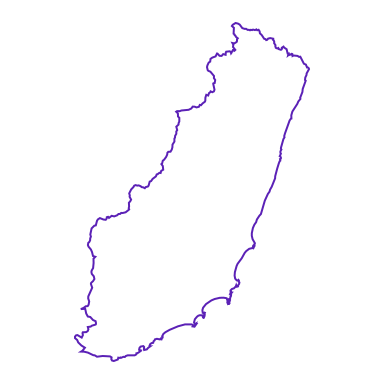 outline of Taolagnaro, Anosy, Madagascar
{"feature_id": "10022922B85658862424992", "entity_name": "Taolagnaro", "entity_type": "district", "adm_level": 2, "iso_a3": "MDG", "parent_name": "Madagascar", "parent_adm1": "Anosy", "projection": "orthographic", "projection_center": [46.969, -24.588], "detail": "fine", "context": "isolated", "style": "outline", "palette": "violet", "viewbox_px": 384, "rotation_deg": 0, "n_neighbors": 0, "source": "geoboundaries", "source_scale": "gbopen_adm2", "svg_char_len": 5920}
<svg xmlns="http://www.w3.org/2000/svg" viewBox="0 0 384 384"><path d="M235.6,23.0L232.7,24.8L231.9,26.0L233.9,27.8L233.6,33.7L234.6,34.5L234.7,35.3L235.5,35.8L236.0,36.9L237.8,38.3L237.0,39.3L237.0,41.0L236.6,42.0L234.3,43.4L232.4,43.0L233.3,44.7L233.0,47.0L235.3,49.9L234.6,50.6L234.2,50.0L233.0,50.0L232.6,51.3L231.5,51.6L231.6,52.6L231.1,53.3L230.8,52.2L229.7,51.3L226.2,51.7L225.8,52.4L225.6,54.8L223.2,54.1L221.6,55.9L219.5,55.8L217.5,53.6L217.0,53.5L215.6,56.4L212.3,57.6L210.5,58.9L210.2,61.6L208.7,62.6L207.4,65.4L207.0,67.1L207.7,70.1L208.3,70.8L210.4,71.7L214.0,76.0L213.9,78.1L215.2,80.0L214.7,83.0L213.4,83.3L213.2,83.7L214.5,89.7L213.9,91.4L212.3,92.2L210.6,91.4L210.2,92.3L209.0,93.1L208.2,95.5L206.3,94.8L205.4,97.6L205.3,100.7L204.9,101.7L202.6,103.4L201.0,105.2L199.8,104.9L198.9,106.8L196.5,107.4L194.7,106.7L192.7,106.6L191.3,108.5L188.6,109.8L181.4,110.5L179.6,111.2L177.1,111.1L176.2,111.7L177.9,113.4L178.0,116.5L179.3,117.8L179.3,121.5L178.6,123.1L178.5,124.6L176.3,126.7L177.2,130.1L176.3,131.5L176.3,133.8L175.1,135.9L175.0,137.6L174.4,138.6L174.4,141.6L172.5,144.6L172.4,147.3L171.8,149.5L170.5,151.7L168.3,151.8L167.4,152.8L167.2,154.6L166.1,157.0L164.1,159.7L162.8,160.7L162.1,163.5L161.4,164.1L162.8,166.0L163.2,169.7L161.2,170.9L160.6,173.0L159.4,172.8L157.6,174.2L156.7,174.4L155.9,176.4L152.6,178.9L151.1,181.1L149.7,181.6L148.6,185.6L147.9,186.5L145.7,187.1L144.8,188.2L143.1,187.3L141.6,187.1L140.7,186.2L138.7,185.4L137.2,185.6L135.6,185.1L134.2,185.7L133.4,187.1L131.2,189.4L129.2,193.4L129.8,195.4L129.6,196.8L131.1,199.6L130.3,201.2L128.9,202.8L129.1,206.5L128.7,208.3L129.2,209.3L128.8,209.8L125.6,212.3L122.7,213.0L121.2,212.9L120.2,213.9L118.5,214.0L117.1,215.3L114.2,216.4L111.7,215.8L109.0,217.9L108.1,216.8L106.8,217.2L106.7,218.5L105.7,219.8L103.4,219.5L99.9,218.1L97.9,219.4L97.0,220.8L95.8,225.4L94.3,225.7L91.6,228.4L90.3,234.5L90.9,236.6L90.2,238.4L90.1,240.4L89.2,242.1L88.3,242.8L87.9,245.0L88.5,246.6L90.9,249.5L92.0,252.0L93.0,256.0L95.3,256.8L93.5,258.7L93.6,263.0L93.1,268.1L91.7,270.5L91.4,272.0L91.8,273.9L93.8,276.3L94.4,279.0L93.0,281.2L91.2,282.8L90.9,283.9L92.2,287.7L88.3,296.4L88.2,298.4L89.2,301.5L88.6,304.7L87.7,306.1L85.7,306.3L83.6,307.9L80.8,309.1L85.2,308.8L86.2,313.5L87.8,316.5L90.3,317.0L93.0,320.0L95.6,321.2L96.0,323.2L95.8,324.4L95.2,324.7L91.8,325.7L90.7,326.6L87.8,327.0L88.4,329.3L87.7,331.1L86.2,332.1L82.8,332.3L82.5,333.1L82.9,335.1L81.7,337.6L77.5,335.1L76.1,335.3L75.0,336.6L75.0,338.1L77.2,340.0L78.2,342.4L81.4,345.5L84.9,347.7L82.4,350.8L81.1,351.6L84.1,351.7L87.9,352.6L93.3,355.2L94.7,355.3L97.0,356.7L102.7,356.0L110.0,356.4L111.6,357.4L111.3,359.1L112.0,360.5L113.8,361.0L117.8,359.5L118.3,357.7L119.1,358.0L120.5,357.5L120.9,357.9L123.4,356.8L124.8,357.0L125.8,356.0L127.8,355.3L134.7,355.3L136.0,354.6L136.8,353.6L136.6,353.3L138.3,352.7L141.0,350.7L140.8,350.3L139.4,350.4L139.1,349.7L139.5,347.9L140.6,346.6L143.3,346.1L144.1,346.9L143.9,349.4L144.7,349.5L144.6,349.9L146.8,349.4L148.1,347.9L150.3,346.3L149.8,346.3L149.5,345.8L150.2,344.1L151.6,343.1L153.2,342.8L153.6,341.2L154.6,340.4L154.9,339.4L156.9,338.8L159.8,339.4L160.7,338.6L161.1,339.3L161.5,339.4L162.2,337.6L162.6,337.5L162.6,336.1L162.3,336.0L163.4,333.9L165.4,332.2L169.7,329.8L178.0,326.3L185.0,324.4L191.5,324.4L192.8,324.9L193.3,325.5L192.7,326.4L194.5,326.7L196.4,324.0L195.9,324.0L196.1,323.4L194.9,324.1L194.0,322.5L194.9,319.2L197.0,316.7L198.3,315.7L199.9,315.2L202.5,315.4L202.6,316.0L203.4,316.4L203.0,317.4L203.5,317.9L203.8,317.8L204.6,315.8L204.0,315.1L204.7,314.5L204.5,313.8L204.9,312.8L204.4,312.6L203.8,313.3L203.4,313.1L203.7,312.9L203.2,313.0L202.6,312.1L202.4,310.1L203.1,307.7L206.0,304.1L211.4,300.4L214.7,299.0L219.8,297.8L223.6,297.7L226.0,298.1L226.7,298.3L227.1,299.6L227.8,299.4L227.3,302.4L227.8,303.6L228.2,303.1L228.5,304.0L229.0,304.0L229.3,303.5L228.8,303.3L229.0,302.3L228.6,301.6L229.5,301.8L230.1,299.9L229.9,299.4L229.4,299.8L229.0,299.6L230.1,298.4L230.5,296.9L229.6,296.6L230.5,296.6L231.0,296.0L231.1,294.4L230.4,294.3L231.7,292.7L231.0,292.7L231.5,292.1L231.2,291.6L230.6,291.7L230.5,290.5L231.9,289.0L234.0,288.3L235.8,286.4L236.2,285.3L236.6,286.5L237.1,286.2L237.3,286.6L237.9,286.4L237.7,285.9L239.1,283.9L239.4,282.4L238.8,281.8L238.9,280.5L238.4,279.9L237.8,280.6L236.9,280.5L235.6,279.2L235.1,278.3L234.6,275.6L234.9,272.1L236.6,266.0L237.6,263.8L241.7,258.3L244.7,252.9L246.2,251.1L249.2,248.8L252.6,248.0L253.3,248.3L253.6,247.7L252.8,247.3L253.2,245.7L254.0,245.6L254.1,246.4L254.4,246.2L254.6,245.1L254.1,244.7L254.9,243.2L252.6,239.2L251.8,235.8L251.8,233.2L252.9,228.0L254.4,224.6L256.1,222.2L256.9,219.5L259.4,215.7L260.9,214.1L264.8,200.7L267.9,193.9L269.5,191.7L270.1,189.6L271.7,186.8L275.1,178.3L275.2,176.2L277.2,168.6L278.8,163.4L279.6,161.3L280.3,160.7L280.0,159.1L280.6,158.9L281.0,158.0L280.3,156.3L279.8,156.1L280.9,153.6L280.4,152.9L280.4,151.4L281.4,149.5L280.9,148.9L281.0,147.6L283.4,139.1L284.5,137.3L284.2,136.1L285.0,133.4L289.6,120.5L290.9,118.6L291.4,118.5L291.3,115.3L292.4,111.5L297.3,103.9L298.3,101.5L300.4,98.9L300.2,97.7L302.4,92.0L302.7,89.0L305.7,80.7L305.0,80.0L305.3,77.5L306.5,75.0L306.6,73.5L309.0,69.1L308.8,68.3L307.6,67.3L307.0,67.4L305.9,64.6L303.9,63.7L300.3,56.7L299.1,56.9L297.5,55.9L293.7,55.5L292.6,56.0L292.6,55.1L292.0,54.9L292.2,54.0L291.8,53.8L291.1,54.3L290.0,54.4L289.7,54.9L289.1,54.6L288.1,55.4L288.6,53.4L287.6,53.4L286.6,49.2L284.2,47.6L283.5,46.6L281.9,47.7L282.1,48.3L281.6,49.4L280.9,49.8L278.8,49.1L278.3,48.0L277.3,48.5L275.8,47.8L275.3,46.1L275.5,45.2L274.1,43.1L274.3,42.0L273.7,40.3L273.0,39.8L273.2,38.7L270.2,38.1L268.1,38.6L267.2,39.8L266.2,40.1L265.5,39.1L264.2,38.8L261.7,35.0L259.9,33.3L259.6,31.3L258.6,29.8L257.7,30.2L257.1,30.2L256.4,29.4L255.0,30.1L253.0,29.6L252.1,30.1L250.8,29.8L250.0,30.3L248.9,29.8L247.7,29.9L246.0,28.8L244.7,28.9L242.3,28.1L239.7,24.6L238.0,23.6L235.6,23.0Z" fill="none" stroke="#5b21b6" stroke-width="2"/></svg>